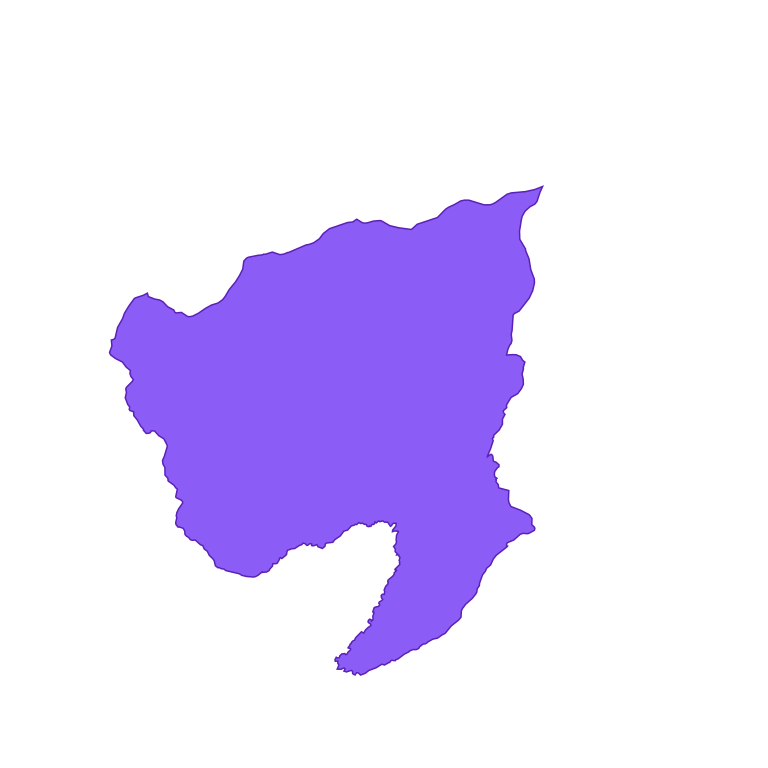 the district of Giraldo, Antioquia, Colombia, rotated 49°
{"feature_id": "7082276B20831515538679", "entity_name": "Giraldo", "entity_type": "district", "adm_level": 2, "iso_a3": "COL", "parent_name": "Colombia", "parent_adm1": "Antioquia", "projection": "equal_earth", "projection_center": [-75.917, 6.672], "detail": "fine", "context": "isolated", "style": "filled", "palette": "violet", "viewbox_px": 768, "rotation_deg": 49, "n_neighbors": 0, "source": "geoboundaries", "source_scale": "gbopen_adm2", "svg_char_len": 6170}
<svg xmlns="http://www.w3.org/2000/svg" viewBox="0 0 768 768"><g transform="rotate(49 384 384)"><path d="M171.9,560.9L176.8,564.4L180.1,570.4L181.4,570.9L183.0,571.2L188.7,569.9L195.8,567.0L201.9,567.5L207.5,566.6L209.4,568.9L212.4,570.1L216.1,570.2L216.9,572.3L217.5,580.6L218.4,582.2L221.5,584.0L224.6,588.3L231.3,590.8L234.5,591.0L236.0,592.9L237.3,593.2L240.6,591.2L243.8,593.6L249.3,593.8L256.3,595.3L260.1,595.1L261.4,596.1L262.2,595.7L264.5,596.0L265.4,595.8L267.1,593.4L267.4,592.2L266.7,590.4L268.8,588.0L275.2,587.9L281.0,586.1L287.1,587.6L288.8,588.3L294.4,597.1L296.4,601.3L299.3,603.3L303.4,604.2L309.0,609.0L313.6,609.0L314.9,610.2L315.9,610.5L322.5,608.9L325.6,609.3L327.7,608.9L332.5,615.2L333.5,615.4L338.7,613.2L340.4,613.2L341.7,613.9L343.5,621.0L345.2,624.8L347.4,627.5L348.8,627.9L352.1,632.3L353.7,633.2L356.9,633.3L357.8,632.2L361.2,630.2L364.3,630.9L367.0,632.9L369.2,632.9L371.7,632.1L374.5,632.3L376.2,631.2L378.0,628.8L384.9,628.0L387.1,626.8L390.5,627.9L394.3,627.1L398.8,628.3L403.5,627.8L406.0,628.1L410.6,630.5L413.7,629.9L414.4,628.9L417.0,627.8L418.4,626.3L421.2,625.7L432.3,617.7L435.2,616.8L439.1,614.0L444.0,609.2L445.0,607.5L445.7,604.8L445.9,599.2L446.4,599.4L448.9,595.9L449.4,593.1L448.8,591.7L448.3,587.7L446.7,585.9L448.8,583.3L449.2,582.1L447.8,578.1L446.9,576.8L447.1,576.2L448.7,575.6L448.9,570.5L448.6,569.2L446.9,567.3L446.2,565.7L447.3,563.4L447.2,562.8L449.6,559.3L450.4,553.6L451.3,551.4L450.9,549.6L452.9,548.2L455.1,548.2L455.7,547.2L455.7,545.3L456.3,544.2L457.4,543.5L458.4,544.6L459.1,544.2L460.1,542.9L461.2,540.0L463.4,540.6L467.7,538.4L467.8,535.2L466.3,533.2L466.2,531.9L469.9,526.5L469.2,523.2L470.0,516.6L468.7,510.9L470.4,507.2L469.7,501.7L470.9,499.4L471.1,497.7L472.2,496.8L472.0,494.1L474.2,493.0L474.8,491.5L476.9,491.0L478.4,489.5L480.1,490.1L481.4,489.4L481.7,488.1L482.2,488.2L482.8,487.2L482.1,484.9L483.2,484.0L483.2,482.6L482.2,481.4L483.8,480.9L483.8,477.9L485.0,477.6L485.6,476.8L486.3,474.8L488.5,474.3L490.8,471.9L495.6,472.5L495.9,471.3L495.3,469.8L495.3,468.1L497.2,466.3L499.0,468.1L499.9,473.3L501.0,474.5L501.8,472.6L504.3,469.9L504.9,470.0L506.3,473.7L509.4,476.9L511.8,478.6L512.6,480.4L512.9,483.4L515.8,483.7L517.9,485.6L520.6,485.3L521.3,486.7L522.5,485.1L524.5,485.9L525.4,485.7L527.1,488.4L528.6,488.8L528.9,489.5L530.5,490.4L531.0,497.3L531.7,497.6L532.3,496.8L533.0,497.0L533.2,500.3L534.2,500.9L534.4,501.6L534.8,503.8L534.6,509.2L534.9,510.0L535.8,511.0L536.5,511.0L537.5,512.5L537.8,515.4L539.6,519.1L541.2,519.7L542.9,521.8L541.6,523.1L541.8,524.9L543.6,526.1L545.7,526.3L545.9,527.9L545.4,530.6L546.0,531.7L547.2,531.8L548.1,532.8L548.1,534.4L546.6,537.0L546.4,538.3L548.6,541.9L549.1,542.0L549.3,541.3L550.3,541.9L552.0,544.9L554.0,546.2L554.8,547.7L554.7,549.0L553.4,548.4L552.1,549.1L552.1,550.6L552.8,551.9L553.8,552.3L556.3,551.6L557.7,552.3L557.3,555.8L557.5,559.3L558.7,562.7L556.2,563.6L556.9,572.0L558.0,574.2L557.5,576.0L557.6,578.0L558.3,579.0L558.1,580.3L558.8,581.2L559.4,584.1L559.8,584.3L561.3,582.9L562.3,583.1L562.7,584.5L562.7,586.8L563.6,589.2L563.2,590.4L561.8,590.4L560.1,592.8L560.1,595.5L561.2,597.4L560.1,599.0L558.9,599.3L559.1,599.8L559.9,601.9L561.3,602.7L562.8,600.6L564.4,602.1L566.5,602.4L568.5,606.4L571.3,603.2L571.9,600.8L572.6,600.2L573.5,600.4L574.4,602.6L576.7,601.2L578.6,596.7L580.1,596.2L582.0,597.7L583.3,597.3L584.6,596.7L583.9,594.2L584.9,593.0L588.3,592.6L590.0,588.1L590.3,583.3L593.1,575.8L594.0,569.5L596.4,568.0L597.4,563.1L597.9,562.5L597.4,560.9L597.6,559.4L600.2,557.1L599.9,555.6L600.7,553.8L601.2,546.0L602.5,540.8L602.3,539.9L603.5,536.2L605.5,534.1L606.4,531.3L605.7,529.5L605.9,525.2L607.1,523.5L607.5,521.8L607.5,520.0L608.6,514.5L610.9,510.4L611.5,504.6L612.3,501.5L610.7,491.8L611.1,482.7L610.6,479.0L605.8,474.2L604.9,472.0L603.8,466.8L603.7,458.1L602.7,452.5L602.0,450.6L599.7,448.0L598.8,444.4L596.9,442.4L592.7,434.9L591.8,430.3L590.4,427.5L590.5,422.3L587.8,416.3L586.9,411.5L587.6,398.0L587.4,397.1L586.6,397.6L585.2,396.4L584.7,395.0L586.9,388.4L586.8,379.7L588.1,376.8L590.8,374.3L591.7,372.8L593.1,366.5L592.0,364.9L590.8,364.4L587.1,364.7L582.5,360.5L579.2,360.2L577.8,360.2L568.7,363.8L559.7,368.6L555.4,367.5L552.7,365.8L546.3,359.7L537.6,365.6L535.0,363.8L531.2,363.6L530.0,362.1L529.3,362.1L529.2,360.6L527.5,361.2L526.1,361.0L524.3,359.7L522.7,357.9L521.6,353.3L521.9,351.6L520.4,350.2L516.5,350.7L514.5,351.9L513.5,351.8L509.8,349.2L507.7,349.0L507.0,349.8L506.7,353.7L506.3,353.3L502.6,345.7L499.1,339.9L498.3,338.7L496.4,338.1L496.0,337.0L496.3,336.4L494.7,334.8L494.3,327.3L492.1,321.0L488.2,317.6L486.3,312.6L484.4,312.7L482.5,311.6L482.4,306.9L480.8,305.9L480.0,304.8L477.5,296.9L479.0,289.4L477.6,283.2L475.7,279.0L471.4,275.6L467.1,273.3L464.1,268.9L462.7,267.8L459.9,263.3L457.0,263.8L452.9,263.0L448.9,264.9L446.5,267.3L442.6,272.4L442.2,272.1L439.3,268.0L437.4,264.3L436.8,261.5L435.1,258.9L430.0,255.4L427.6,252.2L416.9,241.5L416.3,239.7L417.6,234.2L414.5,218.2L411.1,210.5L406.5,204.2L403.4,201.7L394.0,198.2L384.6,192.4L376.2,189.6L375.0,188.6L363.9,186.6L357.5,181.4L350.4,172.9L348.0,169.6L346.1,164.0L346.0,157.5L347.2,152.2L346.6,148.8L341.7,140.6L339.0,134.7L336.1,142.7L331.7,150.9L323.3,162.5L321.5,166.6L320.2,180.4L319.5,183.8L318.3,186.4L314.5,190.9L301.0,199.3L298.0,202.7L296.2,205.9L294.8,213.0L292.9,219.5L292.5,223.1L293.4,234.5L285.2,254.2L285.4,261.0L285.1,262.2L275.9,270.3L268.2,275.8L259.2,278.9L258.0,279.8L254.1,285.1L251.6,290.6L249.9,293.1L247.9,294.6L241.7,296.5L241.2,301.3L238.2,305.6L231.0,323.3L230.6,331.0L232.0,337.6L231.3,344.3L229.7,348.6L227.8,351.9L222.1,369.9L221.7,370.1L220.2,374.5L218.1,377.7L211.2,381.7L208.2,388.5L207.0,389.7L206.8,391.0L204.2,394.7L199.3,403.3L198.8,405.4L199.3,409.2L204.6,415.2L207.2,421.5L209.5,429.0L211.2,438.9L213.7,446.4L214.5,450.4L214.0,456.1L211.2,462.5L209.8,469.1L208.8,477.8L207.2,484.0L205.5,486.8L204.0,488.0L197.1,489.9L194.0,494.2L193.0,494.8L190.2,494.1L183.7,496.6L177.0,496.9L173.4,498.2L169.5,501.3L163.4,504.5L160.2,503.0L159.1,507.6L155.9,515.1L155.7,516.5L157.7,525.2L160.3,533.4L163.2,538.6L166.5,547.9L173.0,556.9L173.0,558.7L171.9,560.9Z" fill="#8b5cf6" stroke="#5b21b6" stroke-width="1.5"/></g></svg>